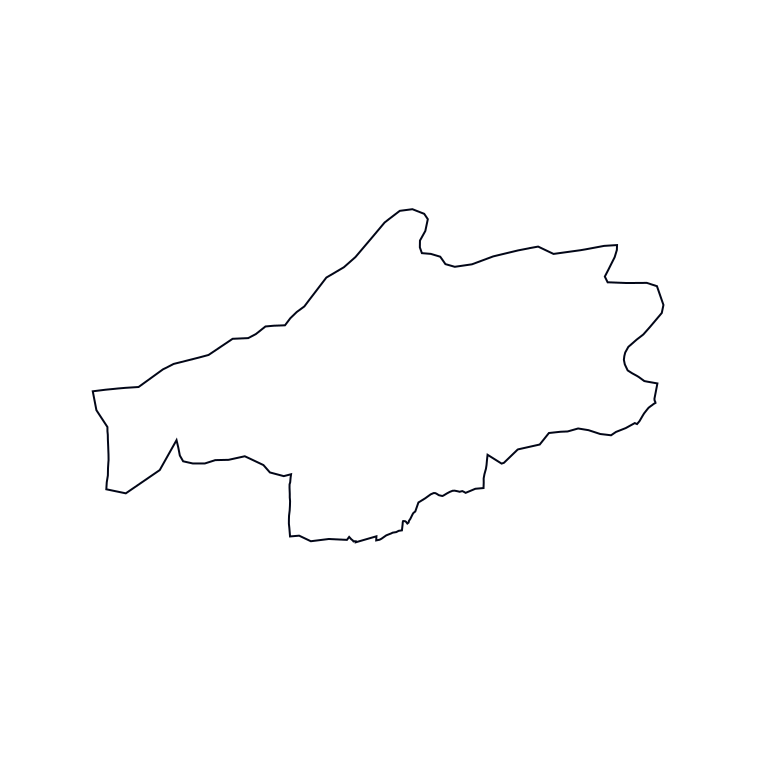 outline of Ikwo, Ebonyi, Nigeria, rotated 217°
{"feature_id": "59680162B29308605862653", "entity_name": "Ikwo", "entity_type": "district", "adm_level": 2, "iso_a3": "NGA", "parent_name": "Nigeria", "parent_adm1": "Ebonyi", "projection": "equal_earth", "projection_center": [8.17, 6.1], "detail": "fine", "context": "isolated", "style": "outline", "palette": "ink", "viewbox_px": 768, "rotation_deg": 217, "n_neighbors": 0, "source": "geoboundaries", "source_scale": "gbopen_adm2", "svg_char_len": 2938}
<svg xmlns="http://www.w3.org/2000/svg" viewBox="0 0 768 768"><g transform="rotate(217 384 384)"><path d="M296.1,254.4L293.8,257.0L292.9,258.9L291.1,264.5L288.4,268.9L287.6,270.5L285.1,273.1L283.9,275.6L281.6,277.9L284.6,283.0L285.9,285.0L286.2,286.1L284.6,287.1L283.4,287.2L281.4,286.6L281.0,288.1L281.7,289.8L281.8,292.1L282.8,297.3L282.9,298.8L282.3,301.0L285.2,310.1L282.3,317.5L280.3,324.0L278.7,326.8L277.4,327.7L276.0,328.0L273.3,328.2L270.8,329.3L270.0,329.7L269.4,330.7L267.8,334.7L266.5,337.5L264.9,340.1L263.4,341.3L262.4,341.8L260.3,342.8L258.8,343.4L257.0,345.6L255.6,345.9L253.3,346.2L249.5,352.7L248.0,355.3L241.9,360.8L244.9,365.1L247.6,368.6L249.5,372.4L251.6,377.7L253.3,380.9L255.6,384.6L258.7,389.8L242.2,391.2L240.8,393.2L237.8,412.1L237.4,412.7L223.2,429.4L223.2,429.8L222.8,444.1L214.7,451.7L213.8,452.5L208.8,456.6L202.2,465.3L192.9,470.2L187.1,472.2L181.2,474.2L176.8,476.8L171.8,479.7L169.9,485.3L164.4,494.3L160.2,503.7L157.8,504.3L157.6,508.2L158.3,514.0L158.6,517.0L158.5,522.0L158.4,524.3L157.6,527.1L157.1,528.6L156.7,530.2L155.8,532.3L156.9,533.2L157.9,533.6L159.1,534.9L161.1,539.0L166.0,549.0L175.0,544.4L177.9,543.0L184.8,542.9L186.9,542.7L192.3,541.9L197.6,541.5L203.5,544.6L207.0,547.7L208.9,551.0L210.3,554.3L211.2,560.7L208.9,571.6L206.7,579.6L205.9,589.8L204.9,607.9L207.5,613.4L208.4,615.3L224.9,626.4L225.1,626.3L235.0,622.9L250.8,610.8L265.8,600.4L266.6,599.8L272.3,602.7L273.5,609.8L274.8,616.9L276.1,624.1L278.7,631.2L281.5,635.2L291.3,626.8L304.1,612.8L307.6,609.1L326.9,589.9L343.6,586.5L349.7,579.9L350.0,579.5L357.3,571.4L373.6,551.6L379.4,542.5L385.8,532.5L398.0,520.2L407.1,516.7L410.7,517.9L415.7,519.5L424.9,516.1L432.5,511.3L437.6,514.7L441.6,520.2L443.1,531.1L448.2,542.0L454.3,544.1L466.5,540.7L475.6,531.8L479.3,518.6L480.7,513.3L481.7,494.2L483.2,468.2L486.3,453.1L494.1,434.3L494.2,419.3L494.2,418.5L494.3,406.9L494.3,398.0L497.0,389.1L498.4,380.2L498.4,371.3L502.8,367.7L507.0,364.3L513.3,358.6L514.8,352.8L516.4,346.7L520.1,338.9L532.1,329.0L541.6,301.6L547.6,293.9L559.4,279.2L564.1,273.4L567.9,265.5L569.3,262.8L578.2,233.9L588.1,225.4L594.0,220.1L596.9,217.4L602.8,212.0L612.2,202.9L597.9,190.0L579.0,183.2L576.4,179.8L574.0,177.2L571.2,173.6L566.9,168.4L564.3,165.2L561.6,161.9L558.2,157.5L556.8,155.3L553.7,150.6L549.5,144.8L546.3,138.7L542.4,132.8L524.4,141.3L511.3,180.3L515.9,214.3L510.1,209.5L504.0,204.0L497.9,201.4L494.3,203.0L488.8,205.5L485.8,207.8L479.2,212.8L473.6,220.7L473.0,221.6L462.5,229.9L451.7,242.5L446.1,243.7L431.5,246.7L421.9,244.7L408.6,250.1L403.9,256.0L402.3,253.1L399.8,249.1L399.0,247.0L397.1,244.4L393.1,239.5L391.0,236.7L388.5,233.9L385.8,230.1L383.2,226.2L380.6,221.7L378.5,218.7L375.9,215.2L372.9,212.0L369.6,208.3L367.3,205.7L360.5,211.8L347.8,214.4L334.8,227.0L319.8,237.2L319.8,240.9L316.6,240.3L314.9,240.3L313.6,239.9L312.8,240.8L311.8,241.4L311.3,240.6L298.4,257.8L296.1,254.4Z" fill="none" stroke="#020617" stroke-width="2"/></g></svg>